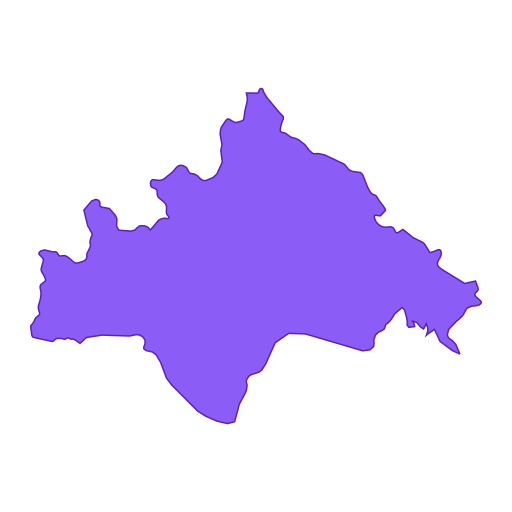 SVG path tracing the border of Sisacko-Moslavacka
{"feature_id": "HRV-1587", "entity_name": "Sisacko-Moslavacka", "entity_type": "County", "adm_level": 1, "iso_a3": "HRV", "parent_name": "Croatia", "parent_adm1": "", "projection": "orthographic", "projection_center": [16.353, 45.412], "detail": "fine", "context": "isolated", "style": "filled", "palette": "violet", "viewbox_px": 512, "rotation_deg": 0, "n_neighbors": 0, "source": "natural_earth", "source_scale": "10m", "svg_char_len": 4602}
<svg xmlns="http://www.w3.org/2000/svg" viewBox="0 0 512 512"><path d="M408.8,327.3L407.1,325.1L407.3,321.6L406.8,318.4L404.5,309.8L402.1,307.5L394.3,314.2L393.4,316.1L391.1,319.5L388.1,322.9L385.8,324.4L384.3,328.9L381.4,330.9L378.2,332.3L375.4,335.2L373.8,340.1L374.0,343.6L373.6,346.6L370.0,349.8L362.7,350.8L305.4,333.9L288.7,333.4L275.2,342.7L265.8,363.7L261.9,369.9L258.8,372.2L251.3,374.6L248.6,376.4L246.4,380.2L246.5,382.5L247.1,385.2L246.5,389.9L245.2,393.2L239.3,404.2L236.2,415.9L234.6,421.7L227.6,423.6L216.9,421.1L205.9,416.3L197.8,411.2L171.5,384.8L166.5,378.1L160.5,362.1L156.1,354.8L152.5,352.0L146.2,350.6L143.7,348.7L143.9,346.8L145.0,343.9L145.1,340.3L142.6,336.6L139.2,334.9L136.1,334.7L129.5,336.0L102.0,335.1L86.4,337.5L80.0,343.4L79.9,343.3L75.0,339.8L73.9,339.3L72.7,339.1L71.4,339.1L70.4,338.9L69.7,338.6L69.0,338.1L68.3,337.8L67.6,337.9L65.0,339.2L64.0,339.2L62.9,338.8L61.1,338.4L57.0,338.4L56.0,338.8L55.1,339.4L53.5,341.0L52.7,341.3L51.9,341.4L33.2,337.3L32.3,336.4L31.6,334.5L31.4,331.2L30.9,328.9L30.7,327.0L30.9,325.5L32.3,324.1L34.2,321.0L35.4,318.2L39.2,314.9L39.7,313.9L39.4,312.2L38.9,310.7L38.4,308.9L38.3,307.0L38.7,304.9L40.1,300.1L40.6,297.7L40.9,295.2L41.0,292.7L40.7,290.5L40.2,288.5L40.1,286.5L40.7,284.8L45.2,281.1L45.5,280.3L45.5,279.2L44.6,277.0L43.7,275.1L42.0,272.4L41.4,271.0L41.1,269.7L41.4,267.6L43.3,260.9L43.3,259.3L42.6,257.9L40.0,255.3L38.9,253.9L39.1,252.5L40.7,251.0L44.6,249.9L52.1,251.8L55.9,251.8L57.1,252.7L59.0,255.6L60.4,256.0L63.3,255.6L65.2,255.7L67.7,257.0L70.2,259.0L72.7,261.3L74.1,262.4L75.9,263.1L78.1,262.9L83.9,261.0L85.8,259.6L86.8,257.5L86.9,253.7L89.8,247.8L90.6,245.7L89.9,242.4L90.4,239.6L90.9,237.8L91.9,235.5L92.2,233.6L90.7,231.3L89.3,228.4L87.8,226.1L83.9,210.1L91.6,201.0L95.8,199.4L97.4,199.8L98.6,200.5L99.5,201.5L99.9,202.8L99.9,204.3L99.7,205.6L100.7,206.6L101.6,207.1L109.4,208.5L115.3,215.3L116.8,218.6L116.9,219.9L116.8,221.3L116.6,226.3L118.9,230.2L130.9,231.1L135.0,230.0L137.2,227.7L139.4,226.0L141.6,225.7L144.5,225.9L146.7,226.6L147.9,227.3L150.5,229.9L158.6,220.2L160.5,219.1L164.0,218.2L167.6,218.6L168.5,218.2L168.9,217.5L168.4,216.3L167.8,215.5L166.8,214.2L166.4,212.5L166.5,206.5L165.7,204.3L164.1,202.1L159.2,198.2L158.2,197.0L157.5,195.6L157.2,194.0L157.1,191.0L156.5,189.6L155.1,188.6L152.6,187.6L151.5,187.0L150.8,185.8L150.5,183.7L150.7,181.7L151.5,180.3L152.9,179.6L159.1,180.4L161.8,180.0L163.9,179.0L172.1,172.4L176.8,167.1L177.9,166.2L179.7,165.4L181.3,165.3L183.5,165.8L186.5,167.6L188.7,171.6L189.7,173.0L190.9,173.5L193.8,173.9L195.7,174.7L197.9,176.1L199.8,178.2L202.2,180.1L205.3,180.7L213.0,177.6L216.8,174.1L222.3,162.2L220.8,150.2L222.0,144.9L220.1,134.0L220.5,130.1L221.3,127.3L225.9,120.4L227.3,119.1L228.8,119.0L233.6,121.9L235.6,122.5L236.5,122.5L242.0,120.9L243.1,120.2L243.7,119.3L243.9,118.6L245.0,110.5L247.0,102.2L247.3,99.7L247.3,97.9L247.0,96.1L246.3,93.0L257.8,93.1L258.3,92.5L259.5,89.6L259.8,89.1L260.3,88.7L261.1,88.4L262.1,88.7L262.9,89.5L263.6,92.0L266.9,97.6L279.0,112.1L283.3,116.6L283.3,119.1L282.1,121.6L281.2,124.6L280.2,129.6L280.5,131.5L281.5,132.3L283.5,132.6L286.0,133.5L289.2,136.0L291.6,137.4L294.8,138.2L298.5,139.7L304.9,144.7L309.2,150.3L311.9,152.7L313.3,153.7L318.7,153.6L324.5,154.9L343.9,164.0L345.4,165.3L348.5,169.3L350.5,170.7L353.2,171.6L360.1,172.4L361.9,173.7L363.0,175.4L367.2,186.1L368.4,188.8L370.7,192.6L372.4,194.1L374.9,195.1L375.9,195.7L376.6,196.4L379.4,201.0L383.6,206.5L385.1,208.9L385.5,210.4L380.5,215.7L379.1,215.8L378.2,215.7L377.3,215.4L376.4,215.3L375.5,215.3L374.7,215.5L374.3,216.6L374.5,218.2L376.2,222.0L378.3,224.2L380.6,226.0L382.8,226.8L385.3,227.2L391.0,226.8L393.0,227.7L394.2,229.2L395.6,232.1L396.6,232.8L398.1,232.5L402.9,229.4L413.2,237.7L422.9,242.5L424.6,244.1L425.1,244.8L429.9,252.6L433.4,251.7L437.3,250.0L438.6,249.6L439.8,249.8L440.8,250.8L441.3,253.1L441.0,255.3L440.4,256.9L439.1,259.1L437.7,261.8L437.5,263.3L437.6,265.0L438.2,266.3L441.2,269.0L464.8,283.5L475.5,281.0L478.0,287.9L478.1,289.5L477.6,290.9L476.1,292.2L475.1,293.4L474.7,294.8L476.0,296.8L480.1,300.4L481.0,301.4L481.3,302.7L480.8,303.6L478.9,305.1L475.4,305.8L472.9,306.0L471.3,306.3L467.9,307.8L467.0,308.3L466.0,309.7L462.7,315.6L458.3,319.8L456.8,320.9L449.4,328.6L448.6,329.9L448.2,331.1L447.4,335.0L447.9,336.7L449.1,338.4L452.0,340.3L455.8,344.4L459.9,354.0L460.0,354.1L452.4,350.6L440.1,341.5L434.4,329.3L432.6,330.7L428.1,333.7L426.4,335.2L427.6,331.8L427.9,329.3L427.4,326.9L426.3,323.7L423.6,329.0L420.5,326.9L417.0,322.6L412.7,321.1L414.0,323.8L414.7,326.6L408.8,327.3Z" fill="#8b5cf6" stroke="#5b21b6" stroke-width="1.5"/></svg>